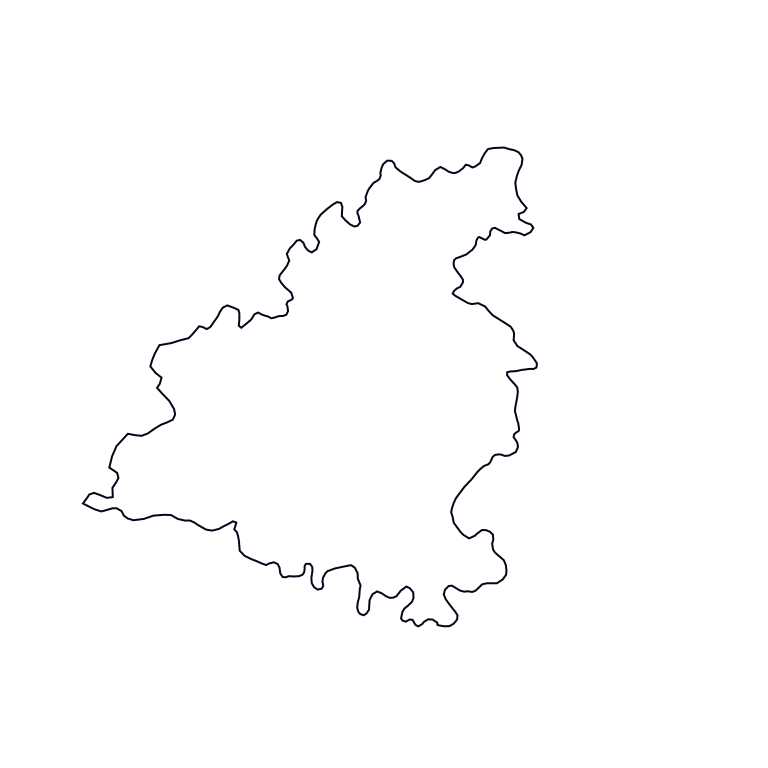 outline of Chervyen, Minsk, Belarus, rotated 124°
{"feature_id": "67162791B52884935059856", "entity_name": "Chervyen", "entity_type": "district", "adm_level": 2, "iso_a3": "BLR", "parent_name": "Belarus", "parent_adm1": "Minsk", "projection": "mercator", "projection_center": [28.408, 53.766], "detail": "fine", "context": "isolated", "style": "outline", "palette": "ink", "viewbox_px": 768, "rotation_deg": 124, "n_neighbors": 0, "source": "geoboundaries", "source_scale": "gbopen_adm2", "svg_char_len": 5638}
<svg xmlns="http://www.w3.org/2000/svg" viewBox="0 0 768 768"><g transform="rotate(124 384 384)"><path d="M651.4,566.8L650.8,561.9L649.8,554.2L647.8,547.2L644.8,544.5L638.8,539.5L636.6,536.3L636.1,530.5L638.6,526.1L638.8,521.3L637.1,515.6L630.1,507.6L622.1,501.6L615.2,492.9L611.7,487.2L611.2,479.7L608.7,473.0L605.7,468.5L604.9,464.0L604.9,459.3L604.2,450.1L601.7,444.6L596.5,439.8L592.0,437.6L587.7,435.1L582.3,432.4L581.5,428.9L585.5,427.6L588.2,426.9L589.2,422.9L592.7,418.9L596.0,415.9L602.9,410.4L604.4,403.5L603.4,396.2L602.2,391.0L601.2,385.3L600.0,380.5L597.0,378.8L593.5,375.8L592.7,371.6L594.5,368.1L599.0,364.1L600.7,360.1L599.2,357.4L596.5,355.4L594.0,351.1L590.7,346.9L587.7,344.9L584.8,344.9L582.0,346.2L579.5,347.9L576.8,348.2L574.5,344.7L575.8,341.2L578.8,338.9L582.0,337.4L585.5,335.7L589.5,332.5L591.5,328.5L591.5,324.0L588.5,321.2L585.3,321.5L582.3,324.5L578.8,326.2L574.0,326.7L570.8,326.2L564.3,321.5L558.1,315.5L552.6,310.0L552.6,305.5L555.6,300.1L560.1,296.8L564.1,290.8L568.1,289.1L574.5,285.4L579.8,283.6L584.5,281.1L587.2,277.9L588.0,275.1L587.2,271.7L584.3,270.2L579.5,270.2L575.0,272.9L571.6,274.9L568.3,275.6L564.6,275.9L559.8,273.7L558.8,268.9L558.8,263.7L558.1,259.7L556.1,257.0L553.1,255.0L545.9,254.5L539.4,252.2L538.9,248.2L540.4,243.3L544.9,239.8L549.1,239.0L554.9,240.3L558.6,241.5L562.6,241.3L568.8,238.8L569.8,236.3L568.8,233.0L564.8,231.0L563.6,228.3L566.1,223.3L565.8,220.1L561.8,218.1L558.6,217.8L554.4,215.8L552.1,211.9L552.1,206.4L553.8,204.9L553.1,202.7L551.0,198.3L548.1,194.3L543.7,192.2L538.4,191.7L534.7,193.7L533.0,197.5L531.4,202.6L529.8,207.4L528.0,212.3L525.0,216.8L520.4,218.4L515.3,217.4L513.2,214.9L512.9,209.1L512.7,205.3L511.3,201.3L509.1,198.8L507.0,194.5L504.1,192.5L498.7,191.3L495.2,190.6L491.7,187.3L489.0,183.3L486.1,179.0L479.7,176.3L474.0,176.1L470.5,177.9L466.2,181.5L463.9,184.9L463.1,186.0L462.2,193.2L461.7,197.6L460.4,200.8L456.0,205.0L452.0,206.3L448.1,209.3L447.2,213.3L448.1,217.7L450.2,221.1L455.6,223.0L459.3,224.0L464.4,227.1L464.7,233.8L463.8,238.2L461.9,243.4L460.1,248.5L455.8,252.8L452.8,256.6L448.9,258.2L443.5,259.7L438.2,260.5L431.7,260.2L424.2,259.8L414.0,258.1L404.8,257.4L400.5,256.6L396.3,255.4L392.0,252.5L389.3,252.2L386.3,252.7L383.7,253.1L380.7,252.3L378.0,249.3L376.9,247.1L376.1,243.6L373.2,240.2L366.7,236.7L361.4,237.7L358.5,240.2L357.1,242.8L355.6,246.8L352.9,248.0L350.1,247.2L347.7,246.1L345.8,246.8L343.2,249.2L341.6,250.6L339.4,253.5L335.6,257.6L333.3,260.3L329.7,262.2L324.1,264.6L320.6,266.1L315.8,268.6L312.4,271.5L311.2,275.1L310.2,279.5L309.2,283.3L307.8,286.9L305.4,288.5L302.7,286.0L301.4,284.1L299.2,281.4L295.5,277.9L292.8,274.8L290.3,272.1L287.9,268.4L285.2,266.9L283.1,267.7L281.2,269.1L278.5,275.8L277.7,279.5L277.8,289.3L278.0,294.4L275.3,301.0L272.7,302.4L269.5,304.3L267.5,306.7L265.7,310.9L265.7,315.5L266.0,325.4L266.2,332.1L264.9,338.1L263.2,343.6L264.3,351.1L268.6,355.8L270.0,359.7L270.5,366.4L271.0,374.3L270.7,377.5L267.8,378.0L264.0,377.0L260.8,375.1L255.5,375.4L253.3,377.0L251.8,380.6L249.8,386.5L247.9,391.1L245.5,393.5L242.3,395.1L239.6,394.6L235.3,391.4L233.3,390.1L230.6,388.2L223.1,385.8L220.4,385.7L217.6,385.7L215.8,386.5L213.1,387.7L209.9,387.9L208.9,387.2L208.5,384.2L208.0,381.0L207.0,379.9L201.4,379.3L198.1,381.2L194.7,381.3L192.5,379.4L192.2,376.6L191.6,372.4L191.2,368.0L188.4,364.6L186.1,362.5L184.5,359.3L182.9,354.9L182.2,350.7L176.1,347.4L171.0,347.5L169.6,351.4L171.0,356.6L171.6,364.1L167.8,367.5L165.2,365.7L163.3,364.3L158.7,364.1L158.4,364.1L156.0,372.6L153.0,379.0L148.3,383.7L143.7,387.7L137.5,390.1L131.6,391.6L125.2,392.5L119.8,395.2L117.7,398.4L116.6,402.2L116.9,403.9L117.4,406.9L119.2,411.3L120.8,416.6L124.7,421.9L127.0,425.0L131.1,429.2L136.2,429.5L142.0,429.0L147.1,427.9L152.3,429.8L155.0,431.7L155.4,436.2L156.5,438.8L161.1,439.2L165.9,440.8L168.8,442.6L170.4,444.3L171.8,449.1L171.9,453.7L172.6,458.7L178.2,461.2L183.6,461.4L188.1,461.7L192.0,464.1L194.4,465.9L197.1,468.3L198.4,472.1L198.3,478.3L198.6,489.3L197.9,495.7L195.4,498.9L194.7,502.4L197.0,506.2L202.1,507.6L206.4,506.8L211.0,505.1L213.1,503.2L216.6,502.4L219.3,503.3L223.0,505.1L229.7,505.6L233.0,505.4L239.4,503.8L242.0,501.3L245.6,500.5L248.5,501.1L252.0,502.2L255.3,502.7L257.1,501.7L258.9,499.0L263.5,494.1L267.6,494.4L270.0,496.6L270.7,501.4L269.9,507.2L268.6,512.7L262.5,516.4L260.6,517.4L257.9,521.0L259.5,524.7L264.1,526.9L270.2,528.9L274.6,530.1L279.3,531.2L284.0,531.2L286.8,530.8L290.6,529.6L295.2,527.7L299.5,525.0L300.8,521.0L302.5,517.2L310.0,515.3L315.3,517.5L315.8,521.7L314.5,526.1L312.0,529.8L311.5,534.1L314.0,536.5L319.4,537.0L324.4,537.9L330.5,537.3L332.4,534.8L334.6,531.6L339.9,530.6L342.6,530.6L346.2,530.8L350.9,531.2L352.8,531.1L355.8,529.6L357.6,525.7L359.2,520.1L360.1,512.1L363.6,507.6L365.5,507.6L369.4,509.9L372.6,509.4L373.3,507.8L377.2,504.3L381.2,503.7L383.7,505.4L386.6,509.2L390.4,512.1L392.6,514.3L392.8,517.4L394.6,523.3L395.2,528.4L398.7,530.4L404.6,530.1L410.5,531.7L417.2,533.8L416.9,537.0L411.5,539.9L406.2,543.5L404.0,546.1L404.9,551.5L406.5,557.9L410.7,560.3L415.6,560.4L420.7,559.6L429.3,559.8L433.8,559.8L437.6,561.7L438.1,566.0L439.5,569.5L444.5,570.0L450.8,570.8L455.3,571.6L461.5,577.2L469.0,583.2L477.4,591.9L487.1,591.0L494.1,589.5L500.1,587.5L502.6,579.5L503.1,572.0L509.1,570.0L514.1,570.0L516.1,562.0L518.1,552.6L522.1,544.1L526.1,540.1L531.6,539.1L537.5,542.6L542.5,546.1L549.0,549.1L557.0,552.1L562.5,556.0L565.5,561.5L568.5,568.5L585.0,571.0L596.0,569.0L606.9,565.0L606.9,555.5L610.4,551.6L615.4,551.1L621.9,551.1L629.4,545.6L633.4,550.1L634.9,557.5L636.4,563.5L640.4,566.5L645.4,566.5L651.4,566.8Z" fill="none" stroke="#020617" stroke-width="2"/></g></svg>